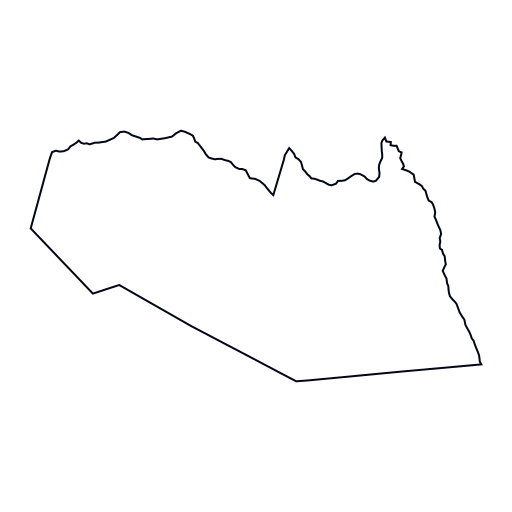 Ipupiara, Bahia, Brazil (Robinson projection)
{"feature_id": "56859067B89885481135396", "entity_name": "Ipupiara", "entity_type": "district", "adm_level": 2, "iso_a3": "BRA", "parent_name": "Brazil", "parent_adm1": "Bahia", "projection": "robinson", "projection_center": [-42.45, -11.837], "detail": "fine", "context": "isolated", "style": "outline", "palette": "ink", "viewbox_px": 512, "rotation_deg": 0, "n_neighbors": 0, "source": "geoboundaries", "source_scale": "gbopen_adm2", "svg_char_len": 2579}
<svg xmlns="http://www.w3.org/2000/svg" viewBox="0 0 512 512"><path d="M384.9,137.6L382.3,140.6L381.4,143.3L381.6,147.6L381.8,151.3L382.2,154.2L382.2,157.8L380.3,161.8L379.1,165.0L378.8,168.4L379.5,172.8L379.2,176.8L376.0,180.7L373.3,181.6L369.8,180.7L367.0,179.1L364.6,176.5L360.4,174.2L357.5,173.6L354.6,174.0L351.1,176.2L347.9,178.5L344.9,180.3L341.3,180.9L338.0,180.9L336.0,183.7L331.6,185.3L328.7,184.7L325.4,182.8L322.8,181.4L320.3,180.9L317.8,179.9L314.7,178.8L311.3,178.4L309.7,176.2L307.5,174.4L305.3,171.6L302.9,169.1L301.8,164.6L300.8,161.7L298.4,159.1L295.4,157.4L294.2,154.0L292.0,151.2L289.2,148.1L284.9,155.1L283.9,159.6L273.3,195.1L270.9,192.9L268.8,190.4L266.9,188.1L264.8,185.3L262.3,183.1L259.6,180.9L255.3,178.9L249.9,178.2L247.8,174.3L245.8,170.3L242.3,169.0L239.3,169.0L235.3,167.2L232.9,164.7L231.0,162.2L228.4,160.9L225.6,160.3L221.5,158.9L217.7,158.9L215.0,159.3L211.6,158.5L208.5,157.4L205.9,154.3L203.5,150.4L200.8,146.9L197.8,143.0L195.3,141.7L194.1,138.2L192.8,135.6L190.0,134.1L187.6,133.0L185.0,131.8L181.0,130.7L176.2,133.2L172.0,136.6L168.8,137.3L165.1,138.2L160.9,138.8L157.0,139.4L153.3,138.5L150.6,138.8L145.5,139.1L142.4,139.4L140.0,137.9L135.9,136.5L132.1,135.3L128.5,132.9L124.3,131.6L120.0,132.1L117.3,134.8L113.8,138.0L110.0,139.7L105.7,141.6L102.0,142.1L98.9,142.6L94.8,142.7L92.3,143.5L89.5,144.3L86.7,143.3L84.0,143.7L81.3,142.9L78.8,140.6L76.0,143.0L72.9,145.0L70.5,146.3L68.2,149.3L63.8,151.2L59.6,151.6L55.9,150.7L52.1,152.1L50.6,156.1L49.7,158.9L30.7,228.4L92.9,293.6L106.3,289.2L119.2,285.0L191.4,326.2L248.2,356.0L281.1,373.4L296.2,381.3L309.5,380.3L318.9,379.4L402.2,371.5L481.3,364.4L479.8,361.6L479.5,358.6L479.1,355.5L477.9,352.1L475.9,347.3L474.4,343.2L473.5,340.5L471.8,338.5L470.8,335.4L469.5,332.3L467.4,328.5L465.5,325.1L464.3,319.5L462.0,316.3L459.6,312.3L458.1,308.2L456.6,304.0L454.9,301.8L452.5,299.4L449.9,296.2L448.9,292.5L448.5,289.2L448.3,285.9L447.1,283.4L446.5,278.6L444.8,275.4L442.7,270.8L444.5,266.8L445.8,264.4L445.1,260.4L444.7,256.3L443.0,253.7L442.0,249.9L439.9,248.5L439.6,245.1L440.3,241.6L439.7,238.0L441.1,234.1L440.4,230.3L438.6,226.4L437.2,223.2L435.9,219.7L434.5,216.7L435.2,212.4L434.4,208.5L433.0,204.4L431.5,202.1L428.7,200.6L427.2,196.9L426.4,194.1L425.5,190.8L423.3,188.7L421.9,186.1L419.5,184.3L417.2,183.1L415.0,181.8L414.5,179.1L413.7,174.7L409.3,171.6L406.1,170.3L402.1,169.0L403.9,166.4L403.1,163.7L401.5,160.9L400.2,158.1L401.0,155.4L401.6,152.4L398.8,151.2L396.6,145.8L393.6,145.8L390.6,145.2L390.8,142.0L386.3,141.5L384.9,137.6Z" fill="none" stroke="#020617" stroke-width="2"/></svg>